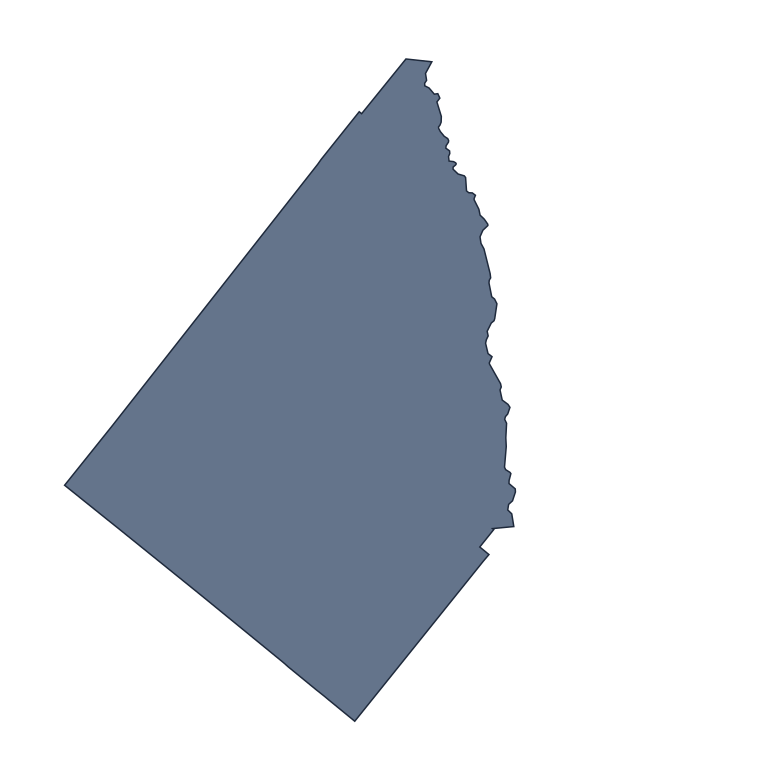 Hudspeth, Texas, United States of America (Albers equal-area conic projection), rotated 219°
{"feature_id": "52423323B39607492205238", "entity_name": "Hudspeth", "entity_type": "district", "adm_level": 2, "iso_a3": "USA", "parent_name": "United States of America", "parent_adm1": "Texas", "projection": "albers", "projection_center": [-105.436, 31.316], "detail": "fine", "context": "isolated", "style": "filled", "palette": "slate", "viewbox_px": 768, "rotation_deg": 219, "n_neighbors": 0, "source": "geoboundaries", "source_scale": "gbopen_adm2", "svg_char_len": 1671}
<svg xmlns="http://www.w3.org/2000/svg" viewBox="0 0 768 768"><g transform="rotate(219 384 384)"><path d="M571.5,650.4L571.5,580.0L574.6,580.0L574.2,519.1L573.8,512.9L568.9,180.8L568.5,104.3L513.6,104.5L513.0,104.5L499.4,104.6L494.8,104.6L494.2,104.6L488.9,104.6L488.2,104.6L486.9,104.6L405.0,104.7L392.3,104.7L391.8,104.7L391.6,104.7L286.9,104.2L280.3,103.9L244.4,103.7L233.3,103.8L228.3,103.7L194.5,103.5L195.0,235.3L195.3,308.6L195.1,317.5L207.0,317.6L207.1,340.0L208.6,340.0L193.4,354.9L203.0,363.5L208.6,364.0L211.4,368.9L210.6,374.1L213.9,382.8L216.0,385.1L224.2,385.3L226.1,387.8L229.0,394.2L230.5,394.6L235.6,394.0L238.0,395.2L249.6,412.3L255.5,418.9L264.0,430.6L268.0,432.5L269.1,435.1L269.0,438.6L271.4,445.1L274.8,446.2L282.0,445.9L290.1,452.4L291.0,455.5L293.6,457.6L314.8,466.0L315.5,466.8L317.2,473.2L322.3,473.1L330.7,479.6L332.3,482.8L333.3,486.9L337.0,489.9L339.0,498.9L338.3,502.4L339.1,504.5L346.7,517.4L351.5,519.6L355.2,519.6L366.0,528.6L367.5,530.9L367.9,533.6L371.0,536.6L391.3,551.9L397.1,554.3L402.0,558.8L403.9,565.7L403.0,572.5L403.9,573.5L409.8,575.2L415.6,575.7L420.2,579.5L429.9,583.9L430.7,584.9L431.7,588.2L435.6,588.1L438.5,586.0L441.4,586.0L450.5,595.8L452.6,596.3L458.6,593.8L465.5,594.4L466.8,596.1L466.2,599.3L466.4,600.5L467.5,601.0L469.9,600.6L473.7,598.2L477.0,601.4L477.9,604.5L479.7,606.4L484.4,606.2L485.7,608.3L486.1,612.5L486.9,613.8L488.8,614.8L493.1,614.4L499.0,615.6L502.3,617.0L503.4,618.1L503.4,620.4L504.4,623.5L507.8,628.0L520.4,636.5L520.5,641.3L524.9,643.5L527.3,640.9L535.3,642.4L540.0,641.4L541.7,643.4L542.0,646.8L547.2,651.5L549.6,664.5L571.5,650.4Z" fill="#64748b" stroke="#1e293b" stroke-width="1.5"/></g></svg>